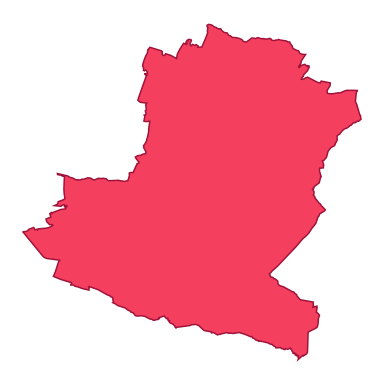 outline of Tamna, Mehedinti, Romania
{"feature_id": "2599482B4127462983922", "entity_name": "Tamna", "entity_type": "district", "adm_level": 2, "iso_a3": "ROU", "parent_name": "Romania", "parent_adm1": "Mehedinti", "projection": "natural_earth1", "projection_center": [23.01, 44.562], "detail": "fine", "context": "isolated", "style": "filled", "palette": "rose", "viewbox_px": 384, "rotation_deg": 0, "n_neighbors": 0, "source": "geoboundaries", "source_scale": "gbopen_adm2", "svg_char_len": 5893}
<svg xmlns="http://www.w3.org/2000/svg" viewBox="0 0 384 384"><path d="M298.1,359.6L302.8,355.4L303.3,356.0L306.3,354.1L306.9,353.5L307.5,352.0L308.1,332.1L315.6,328.3L317.1,327.2L317.4,326.4L318.0,324.1L318.5,318.3L319.5,315.3L318.0,313.3L316.4,312.3L317.1,307.5L316.6,307.4L316.8,306.1L312.9,307.2L313.5,305.1L313.2,304.5L313.3,302.1L300.2,299.7L296.9,295.9L296.7,294.7L294.5,293.2L294.5,292.7L293.6,291.9L293.1,292.1L283.3,286.7L280.3,285.9L278.4,284.6L277.9,283.0L277.8,281.3L277.1,280.4L274.8,278.8L274.1,278.8L273.5,277.9L272.2,277.2L270.6,277.0L270.3,276.6L270.4,275.9L270.0,275.4L269.8,274.3L269.3,273.8L270.9,272.6L271.9,271.2L277.4,266.3L296.1,246.6L302.8,238.7L305.7,236.3L308.9,233.0L311.7,228.6L315.7,223.6L317.5,218.6L317.7,217.1L318.7,216.4L319.8,213.8L324.0,211.3L325.2,210.2L325.1,209.5L321.3,205.7L320.7,204.3L319.1,203.1L315.0,197.9L314.6,196.5L313.4,195.0L314.0,193.7L314.0,192.0L313.1,189.7L313.6,188.5L313.0,188.6L314.7,186.2L319.2,182.9L320.8,176.4L321.4,177.4L319.5,171.2L319.7,168.2L323.3,167.9L323.7,165.0L322.5,160.8L323.8,160.4L326.5,157.3L328.1,151.2L330.3,148.4L331.4,147.3L334.5,145.7L335.2,144.3L335.3,143.1L335.9,142.7L337.1,140.3L337.1,135.9L338.4,134.8L339.6,134.2L342.5,130.5L344.3,129.0L346.8,128.1L349.3,126.4L349.7,125.7L351.4,125.0L353.0,123.0L355.5,122.6L356.5,121.6L358.6,121.2L361.0,119.3L360.4,115.3L359.8,115.0L356.6,104.0L355.4,101.6L356.3,92.6L357.2,91.2L357.3,90.4L346.8,90.3L344.0,91.2L340.5,92.8L338.5,92.8L332.2,93.8L328.7,93.6L327.4,93.3L327.1,90.5L330.1,85.6L330.3,82.9L321.2,81.1L320.3,82.9L319.6,82.9L317.5,82.3L307.6,77.2L305.6,77.8L303.9,79.0L302.3,79.4L301.3,79.2L301.8,78.1L303.4,76.1L303.8,74.6L307.3,71.0L309.1,67.4L309.0,65.9L308.5,65.8L307.6,66.6L307.3,66.5L307.2,65.6L306.2,65.6L304.8,64.3L301.2,65.4L299.3,67.6L298.5,67.2L298.9,66.1L301.0,63.2L301.1,61.6L301.6,60.5L305.6,54.5L302.3,54.3L300.5,53.7L299.6,53.2L298.9,51.2L298.3,50.7L296.2,50.2L292.8,48.2L292.4,46.3L290.1,43.2L289.9,42.2L289.5,41.9L288.1,42.1L286.5,41.0L280.1,40.0L278.7,39.4L277.3,40.0L276.3,40.0L274.0,40.6L271.7,40.2L270.8,38.7L269.4,38.4L266.6,39.2L263.1,38.5L262.0,38.8L257.5,37.6L255.6,38.6L252.7,38.0L251.3,38.1L250.2,39.3L246.2,42.1L243.3,41.4L241.9,39.6L239.3,38.4L235.8,37.6L232.3,37.4L230.5,35.9L228.7,35.3L227.2,33.0L224.4,32.5L222.9,31.5L221.6,30.3L220.7,28.7L217.9,28.8L215.9,27.3L214.6,27.1L211.9,25.1L209.4,24.4L208.6,24.4L207.1,25.2L207.1,26.7L207.8,27.2L207.4,31.1L207.6,33.0L205.7,38.1L201.8,47.1L197.8,47.1L198.1,45.9L196.0,44.6L194.8,45.4L192.5,44.4L191.3,45.8L190.5,45.1L190.0,43.4L191.4,40.7L191.3,40.0L190.0,39.4L188.2,39.5L187.9,40.8L187.1,40.4L186.2,41.8L186.3,42.4L187.3,43.1L185.4,42.5L186.9,43.7L186.9,44.0L186.6,44.4L183.6,43.3L179.7,49.4L177.3,54.2L176.6,58.6L170.6,55.3L165.6,53.7L164.8,55.1L163.8,55.5L163.1,55.3L162.1,53.8L162.4,51.7L161.3,50.8L150.0,47.3L147.9,49.6L147.3,53.2L145.7,56.0L144.0,60.4L142.8,64.4L142.7,66.4L143.5,67.5L143.5,70.4L144.5,70.8L145.3,70.0L146.2,70.5L147.2,71.9L147.3,73.4L144.7,73.7L144.7,74.1L145.8,75.1L147.0,75.2L146.3,75.9L138.5,97.9L137.9,100.3L140.3,102.3L146.7,103.1L145.8,104.6L146.3,109.9L145.3,110.9L146.1,114.0L145.6,114.7L144.4,115.1L145.0,115.4L143.9,121.1L145.7,121.6L149.8,121.3L148.8,128.0L148.6,132.0L147.4,137.6L146.6,139.6L146.7,140.5L145.0,143.8L143.5,145.7L143.9,148.1L145.7,151.3L145.9,152.6L145.7,153.5L145.3,153.8L142.8,154.1L140.9,155.2L137.6,155.7L135.3,157.1L136.3,158.9L138.8,162.0L138.9,163.1L137.2,163.5L133.8,171.0L133.4,172.4L130.4,172.6L129.4,172.9L129.2,173.9L129.5,175.3L127.9,180.6L124.3,181.4L118.3,180.3L108.9,180.7L107.5,180.2L106.2,178.8L103.0,178.2L102.5,178.6L98.4,178.3L93.9,180.1L90.3,178.0L87.7,177.8L84.3,179.1L81.4,179.3L80.5,179.9L76.0,179.8L72.7,178.0L69.8,177.3L67.8,176.0L57.4,173.5L57.6,174.6L62.5,175.5L62.3,176.0L64.4,176.5L63.9,189.0L64.2,194.1L64.9,198.2L64.6,199.0L62.8,200.0L58.2,201.7L58.0,203.3L56.9,204.5L54.4,205.6L60.9,206.3L62.4,205.2L63.8,204.7L65.2,205.5L64.6,205.8L64.5,206.3L65.6,206.2L66.2,205.5L66.7,205.6L67.0,206.6L65.1,207.3L65.7,208.5L65.4,208.9L61.0,209.4L52.4,212.7L51.6,212.5L51.7,213.6L50.9,213.7L50.6,213.1L50.2,213.3L50.5,213.9L49.9,214.1L50.8,217.1L46.0,219.0L46.7,221.6L49.6,224.7L52.3,224.6L52.8,225.3L50.4,227.0L46.8,228.1L38.0,228.9L37.6,229.9L36.9,229.3L34.7,229.7L33.9,227.7L33.5,227.5L28.6,229.4L27.7,230.8L27.2,231.0L25.8,231.5L23.6,231.6L23.0,232.0L43.2,256.6L44.8,257.7L46.9,258.5L59.6,260.2L58.4,262.3L55.5,271.4L53.4,276.4L60.4,279.3L71.5,282.7L71.5,283.5L70.8,284.7L70.9,285.1L73.5,285.0L74.9,286.2L78.2,287.0L82.1,288.5L89.0,290.1L89.0,288.1L89.4,287.4L88.7,286.7L89.0,286.5L98.2,289.7L106.4,294.4L109.4,295.7L110.1,295.7L110.6,296.7L112.2,297.3L113.0,298.3L112.8,299.8L113.5,301.8L112.7,302.6L115.6,304.0L117.6,305.5L125.3,308.0L127.9,310.1L130.0,311.0L131.0,312.2L133.2,312.8L135.3,315.6L137.6,316.1L141.1,315.7L144.7,316.3L150.2,319.1L151.9,319.3L153.2,320.2L154.4,320.3L156.4,319.6L157.8,319.6L158.1,319.1L159.3,318.7L158.8,317.7L164.1,316.0L166.4,318.6L167.8,318.2L167.9,320.0L169.4,320.6L168.8,321.1L169.6,322.6L173.2,324.3L174.9,326.2L175.2,327.3L176.0,328.0L176.7,327.3L189.6,325.6L191.3,324.8L195.8,324.4L198.9,325.7L203.7,330.2L205.3,330.8L211.2,331.8L211.2,332.5L211.6,332.9L213.8,332.6L217.4,334.9L226.2,332.7L227.6,332.7L228.4,333.3L231.2,333.1L232.9,333.5L239.2,332.5L245.1,334.4L250.9,336.8L251.7,336.5L252.6,337.9L254.6,338.8L256.2,340.3L258.4,340.6L258.7,341.3L259.2,341.4L259.5,341.0L262.8,341.6L267.9,342.9L270.3,344.1L272.3,344.5L273.2,345.6L275.4,346.7L275.9,347.9L279.0,347.8L279.5,347.5L280.8,347.7L281.2,348.0L281.3,348.5L283.2,348.9L284.2,349.6L285.0,349.5L285.6,348.6L287.4,349.2L288.4,349.1L290.2,348.0L290.6,348.3L290.7,349.0L291.5,349.5L292.2,351.4L293.3,352.4L292.9,353.1L294.0,353.6L294.8,353.1L295.9,353.9L295.3,354.1L295.4,355.2L296.5,355.2L297.1,356.0L297.5,355.5L298.4,355.7L298.2,357.6L298.4,358.6L298.1,359.6Z" fill="#f43f5e" stroke="#9f1239" stroke-width="1.5"/></svg>